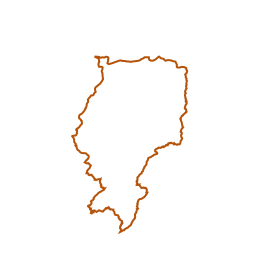 Santa Rosa De Cabal, Risaralda, Colombia (Equal Earth projection), rotated 230°
{"feature_id": "7082276B83235998403741", "entity_name": "Santa Rosa De Cabal", "entity_type": "district", "adm_level": 2, "iso_a3": "COL", "parent_name": "Colombia", "parent_adm1": "Risaralda", "projection": "equal_earth", "projection_center": [-75.574, 4.836], "detail": "fine", "context": "isolated", "style": "outline", "palette": "amber", "viewbox_px": 256, "rotation_deg": 230, "n_neighbors": 0, "source": "geoboundaries", "source_scale": "gbopen_adm2", "svg_char_len": 5667}
<svg xmlns="http://www.w3.org/2000/svg" viewBox="0 0 256 256"><g transform="rotate(230 128 128)"><path d="M53.4,55.2L52.9,57.1L53.0,58.2L52.2,59.3L52.6,60.0L52.3,60.8L52.4,61.8L51.8,63.6L52.0,65.7L51.8,67.7L52.2,68.2L52.6,69.5L53.3,70.4L53.4,71.3L53.9,72.1L54.4,75.3L55.0,75.7L55.4,76.5L56.8,77.3L57.7,78.5L57.8,79.8L58.6,80.6L59.4,81.9L59.8,83.7L60.5,83.4L60.5,83.8L61.2,84.4L62.2,84.4L62.3,85.0L63.2,86.0L63.3,86.3L63.8,86.2L64.3,86.7L64.6,87.7L65.0,87.9L65.9,89.4L66.1,90.2L66.0,91.3L65.2,92.5L64.8,94.7L64.9,95.3L64.6,96.1L65.2,98.7L65.2,99.3L65.6,100.0L65.8,100.8L65.9,101.0L66.3,100.3L66.6,100.3L66.8,100.6L66.9,101.3L67.7,101.8L68.2,102.4L69.2,103.0L70.2,102.9L70.7,103.1L71.1,102.8L71.2,102.4L71.5,101.8L72.3,101.8L73.4,99.7L76.9,100.0L77.4,99.8L77.7,99.4L77.7,100.1L78.7,99.0L78.7,99.5L80.0,99.4L80.9,100.4L81.2,100.0L81.6,100.3L81.7,99.9L81.8,100.7L82.1,101.1L82.1,101.7L82.4,102.3L83.8,103.0L84.1,103.5L84.1,105.1L84.7,106.3L84.7,108.3L84.5,109.1L85.5,110.5L85.3,111.3L85.5,112.0L86.5,113.2L87.1,115.0L87.6,115.3L87.6,116.2L88.2,118.1L88.1,118.6L90.2,120.7L90.7,122.6L91.9,124.1L91.4,126.1L91.0,127.1L90.7,130.7L89.6,133.4L89.6,134.0L90.8,134.4L92.6,133.8L93.6,134.5L93.9,135.3L93.4,137.1L93.5,137.6L93.1,138.4L93.1,139.2L92.2,139.8L92.0,140.4L91.7,140.5L91.6,142.1L91.3,143.0L90.7,142.7L90.5,142.9L90.2,144.3L90.3,145.5L90.5,146.0L90.4,146.5L90.0,146.6L89.9,147.2L89.4,147.1L89.2,147.4L89.7,148.1L89.8,148.7L90.2,148.8L90.3,149.1L89.6,150.4L89.2,150.5L89.1,151.5L87.0,152.5L86.8,153.5L85.8,153.0L85.7,153.7L83.8,154.6L83.9,154.8L83.4,155.9L82.5,156.6L82.4,157.3L82.5,158.0L84.1,159.8L84.6,161.8L85.3,162.9L86.6,162.9L87.3,163.5L87.9,163.6L88.6,164.4L88.8,165.3L89.9,166.2L90.5,165.9L91.3,165.9L92.6,168.0L93.1,170.6L93.9,170.5L94.6,171.2L95.8,171.5L97.6,172.7L99.8,173.3L100.4,173.9L101.4,173.9L101.7,174.4L101.8,175.3L102.7,177.1L102.3,178.1L102.8,179.2L102.6,179.9L102.8,181.1L102.6,182.7L102.8,183.3L103.5,183.3L104.0,183.9L105.1,184.5L105.7,184.1L106.8,184.3L108.5,186.7L108.9,188.4L109.4,189.1L110.2,189.1L110.5,189.7L111.2,189.5L111.3,190.2L112.5,190.3L112.8,191.0L114.4,191.3L114.8,191.9L116.4,192.6L117.5,194.0L117.5,194.6L118.6,194.7L119.6,195.5L119.8,196.3L120.4,197.3L120.6,198.3L121.3,198.4L122.2,199.2L123.2,199.7L123.4,200.7L124.6,201.3L126.3,203.5L127.2,203.6L128.4,204.7L129.5,204.7L131.2,206.0L132.1,206.1L132.5,207.4L132.4,208.1L133.3,209.7L134.8,210.3L135.7,210.4L136.4,211.1L138.6,210.2L140.4,208.3L140.9,206.8L142.1,205.2L143.1,204.6L143.6,204.7L145.0,206.1L148.4,207.0L149.9,205.7L152.1,204.4L154.1,202.6L154.7,201.7L155.2,200.2L156.5,199.7L158.1,199.7L160.4,198.0L162.6,197.8L162.9,197.1L162.8,193.7L163.2,191.4L163.6,190.3L164.9,188.9L166.2,188.2L167.3,188.4L168.8,189.4L171.5,186.2L171.6,184.2L172.3,182.1L172.1,181.5L172.4,180.1L173.0,178.9L177.0,172.6L179.3,170.5L179.7,169.8L181.2,168.8L183.2,166.6L184.4,166.0L185.3,164.4L188.1,156.8L189.4,154.2L190.9,153.9L192.3,156.1L193.3,156.7L193.9,157.9L195.4,158.1L196.9,156.7L197.2,155.1L198.7,153.8L198.9,153.0L199.4,152.2L200.8,151.6L202.0,150.7L204.2,148.3L202.2,149.1L200.8,150.0L199.6,150.0L198.2,149.0L197.2,148.7L196.9,147.6L195.5,146.0L193.5,145.2L193.1,145.5L192.5,146.5L191.2,147.5L190.8,147.5L189.6,146.4L188.5,144.5L187.8,144.0L186.2,143.6L185.5,142.9L181.3,140.1L180.9,138.6L180.4,137.6L180.3,136.3L179.8,135.4L180.0,132.8L179.8,132.2L180.0,131.1L179.9,129.0L179.2,127.9L177.7,126.9L176.5,126.5L176.4,124.6L175.5,122.8L175.6,122.0L176.6,120.9L176.1,118.6L176.0,116.8L175.3,115.3L174.6,115.1L173.7,114.3L172.9,111.8L172.0,111.0L170.9,109.5L170.6,108.2L170.2,108.2L169.1,104.8L168.7,102.7L168.7,101.6L168.9,100.9L169.1,99.2L168.2,97.8L167.0,96.9L164.6,97.2L163.8,96.8L163.1,97.1L160.8,95.4L160.7,93.4L159.9,91.2L160.2,89.7L159.9,88.8L160.3,88.2L160.2,87.5L159.9,87.1L158.8,87.3L158.1,86.9L157.4,85.8L156.6,85.4L155.9,83.5L156.1,82.7L157.1,81.5L157.3,80.8L157.7,80.3L157.6,80.0L155.5,79.9L154.2,79.5L151.7,77.8L149.3,77.7L148.4,76.4L147.9,76.4L147.5,77.1L145.6,75.8L143.5,75.3L142.2,75.9L140.8,75.8L139.4,76.1L138.4,76.6L136.5,78.7L135.5,79.5L133.5,79.6L132.9,79.9L132.1,80.0L131.0,79.3L130.1,77.6L130.2,77.2L130.0,76.3L130.1,74.8L129.6,73.8L129.5,72.8L128.4,73.1L127.3,73.8L127.0,74.1L126.7,74.9L126.3,75.1L125.9,75.3L124.9,75.0L123.6,75.5L123.2,75.4L121.9,72.6L121.8,70.8L121.5,69.4L120.0,67.2L119.4,68.1L118.7,68.4L117.6,67.7L116.6,68.2L116.3,68.5L116.0,69.8L115.4,70.1L114.1,69.8L113.1,70.1L112.1,69.8L110.6,69.9L109.8,69.2L109.2,70.1L108.6,70.1L108.0,72.1L107.0,73.5L106.5,73.7L106.5,74.2L106.0,73.7L106.0,73.0L105.4,72.2L103.3,71.2L102.2,71.2L101.9,70.7L101.6,70.8L101.4,70.5L101.2,70.6L101.0,70.2L100.1,69.5L99.6,69.6L99.4,70.0L98.9,70.0L98.4,70.5L98.3,70.2L97.9,70.2L97.6,70.6L96.9,70.3L96.6,71.1L96.1,69.4L96.7,67.6L96.7,66.0L97.1,65.3L97.2,62.7L96.8,61.4L97.0,60.0L96.9,58.4L96.5,57.6L96.5,56.6L95.7,56.3L95.4,55.1L95.3,54.3L95.8,53.5L95.6,52.4L94.3,52.1L93.8,51.7L93.5,51.1L93.5,50.2L93.1,49.6L93.9,48.1L94.0,47.3L93.5,47.0L91.5,47.5L90.4,46.8L90.0,47.6L89.6,46.9L88.6,46.8L88.1,47.1L87.4,45.7L86.8,45.4L86.6,44.9L85.9,45.3L86.2,46.3L85.6,47.2L86.6,47.8L86.9,48.2L86.8,48.7L86.2,49.4L85.6,49.0L85.0,49.6L83.9,50.0L83.6,52.9L80.6,54.5L80.1,55.1L80.1,55.6L80.5,56.1L80.4,57.7L80.8,59.4L80.0,59.7L79.9,60.1L80.3,60.5L80.1,60.9L79.8,60.8L79.5,61.5L79.6,62.3L78.4,62.1L77.6,61.7L77.3,62.2L76.7,62.4L76.5,62.9L75.6,63.5L74.9,64.3L74.4,63.7L72.3,63.6L71.3,62.8L69.7,62.4L67.6,64.2L65.9,63.9L65.6,63.2L64.0,62.9L63.5,63.2L63.0,62.8L60.5,63.6L59.6,62.5L59.2,62.8L58.6,62.5L58.5,61.9L59.0,62.1L58.5,60.6L57.9,59.9L57.9,59.2L57.4,59.0L57.0,58.0L56.3,57.5L55.3,57.6L54.7,57.0L54.0,56.9L53.6,56.1L53.6,55.7L53.4,55.2Z" fill="none" stroke="#b45309" stroke-width="2"/></g></svg>